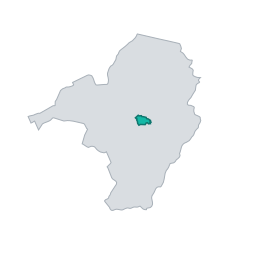 location of Rumbek Centre, Lakes, South Sudan, rotated 246°
{"feature_id": "79223893B15705410595049", "entity_name": "Rumbek Centre", "entity_type": "district", "adm_level": 2, "iso_a3": "SSD", "parent_name": "South Sudan", "parent_adm1": "Lakes", "projection": "equal_earth", "projection_center": [29.744, 6.986], "detail": "fine", "context": "in_parent", "style": "filled", "palette": "teal", "viewbox_px": 256, "rotation_deg": 246, "n_neighbors": 0, "source": "geoboundaries", "source_scale": "gbopen_adm2", "svg_char_len": 3927}
<svg xmlns="http://www.w3.org/2000/svg" viewBox="0 0 256 256"><g transform="rotate(246 128 128)"><path d="M191.1,200.2L185.0,208.3L184.6,208.8L183.9,209.5L181.4,209.5L178.9,209.1L176.6,207.0L174.2,208.6L172.7,209.1L171.8,209.3L169.7,209.6L166.8,210.4L165.5,211.5L164.7,212.4L164.1,214.0L163.8,214.2L163.3,214.0L162.5,213.3L161.0,212.4L160.2,210.4L159.4,209.2L158.8,208.5L156.3,210.5L155.1,211.0L154.1,211.0L152.3,209.8L150.3,208.8L149.3,208.9L147.7,210.1L146.0,211.9L145.1,213.7L144.6,214.7L144.0,213.1L143.4,212.1L142.6,211.7L140.9,212.1L140.5,211.5L140.4,210.1L140.1,208.8L139.7,207.9L138.4,206.9L135.1,204.9L132.5,201.0L131.2,199.2L130.3,198.0L128.9,195.0L127.4,192.9L125.6,191.9L124.3,192.4L123.1,194.6L120.7,196.8L119.6,196.8L118.2,195.7L116.5,194.9L113.3,194.5L112.0,195.5L110.3,197.1L108.9,198.1L108.0,198.2L107.2,197.8L106.2,197.6L105.4,197.6L103.7,196.1L102.9,195.0L102.3,194.0L101.3,193.2L100.2,192.7L99.4,191.7L99.1,190.6L98.4,189.1L97.6,187.7L95.1,185.3L94.3,183.9L93.8,182.5L92.7,180.9L91.6,178.9L91.2,175.8L91.2,173.4L91.0,172.3L90.5,171.2L89.9,170.2L89.0,169.2L87.0,167.6L84.8,165.8L83.8,164.7L81.8,164.4L80.6,163.3L79.7,161.1L79.3,159.2L78.3,157.8L77.9,156.8L77.6,155.6L78.4,152.1L77.3,150.8L75.6,149.1L74.4,147.3L73.6,145.7L71.5,143.5L66.7,140.3L64.0,138.2L62.5,136.3L61.2,134.5L61.0,133.7L61.9,131.9L62.0,130.4L61.3,128.7L58.5,125.6L56.2,122.2L54.5,121.1L50.4,120.2L49.2,119.8L48.0,119.1L46.7,117.6L46.3,115.8L47.0,112.8L46.6,111.9L45.9,111.7L46.1,111.1L46.9,109.7L48.1,108.7L51.6,107.3L51.8,106.7L51.8,104.9L52.1,104.0L53.3,101.5L53.5,100.5L53.5,98.3L53.7,97.3L54.1,96.6L55.0,95.4L55.3,94.6L55.5,93.0L55.4,89.7L55.9,88.4L58.0,85.4L58.6,84.1L58.8,82.9L58.8,81.7L58.9,80.6L59.6,79.4L60.1,79.1L61.7,78.7L62.8,78.9L70.4,76.9L71.2,77.2L71.6,78.4L71.6,80.3L71.7,81.2L72.1,81.9L73.3,82.8L74.1,84.3L74.6,84.9L75.8,85.9L81.4,94.6L83.0,95.5L84.5,95.2L87.6,93.3L89.1,92.9L99.8,93.4L101.0,93.1L102.7,97.5L103.4,98.5L115.1,98.6L114.9,97.3L115.1,96.0L117.1,93.3L117.4,93.0L119.2,91.7L121.0,90.8L124.4,89.8L125.7,88.2L126.3,86.8L126.4,83.9L126.8,83.5L127.6,82.8L131.5,80.3L132.2,79.7L139.2,85.6L143.1,90.3L143.3,90.6L143.5,90.6L143.9,90.3L144.3,90.1L146.0,90.0L149.2,89.8L150.2,89.2L156.5,80.8L158.1,78.2L158.5,77.6L159.4,75.7L160.4,72.5L160.6,72.1L167.5,64.3L167.7,63.7L167.8,63.2L166.7,60.5L166.5,59.2L166.5,57.2L166.7,54.0L166.6,51.9L166.5,51.4L166.4,51.3L162.6,45.5L172.3,45.5L172.3,44.8L172.3,44.5L172.1,43.8L172.0,42.9L172.0,42.4L172.0,41.9L172.1,41.7L172.0,41.4L179.1,41.4L179.0,43.0L178.2,46.8L178.2,49.1L178.0,51.7L177.8,52.5L177.4,53.1L177.3,53.4L177.3,53.7L178.8,68.4L178.7,69.0L178.3,69.9L178.2,70.2L178.2,70.5L178.3,70.6L181.6,72.2L181.7,72.3L181.9,72.4L183.0,74.3L189.4,81.3L189.7,81.6L190.3,83.8L190.4,84.2L190.4,84.7L190.4,85.1L190.3,86.4L190.3,87.0L190.4,87.4L190.5,87.8L190.5,88.0L190.5,88.3L189.5,90.8L189.2,92.6L189.1,94.1L189.2,95.0L189.3,95.6L189.4,95.8L189.5,95.9L192.2,95.9L192.2,96.7L192.6,110.0L192.7,111.5L192.6,113.4L192.2,114.1L191.5,115.1L190.5,116.1L188.0,116.4L185.9,116.3L184.5,116.1L182.5,116.0L180.6,116.2L179.9,117.0L177.4,124.1L176.6,125.9L176.4,126.9L176.7,127.5L177.6,128.4L179.8,129.7L182.3,130.4L184.1,130.7L185.3,131.1L186.3,131.5L189.8,134.7L190.9,136.2L191.6,137.5L191.7,138.9L192.2,140.3L195.4,144.7L198.4,146.8L199.6,149.2L200.7,150.3L201.8,151.6L202.4,153.4L203.7,158.7L204.6,161.5L205.5,163.8L205.9,167.5L206.6,169.2L207.4,171.2L208.6,173.1L209.9,174.4L210.1,174.8L197.0,192.2L191.1,200.2Z" fill="#d9dde1" stroke="#a8b0b8" stroke-width="1"/><path d="M126.1,151.4L128.1,150.1L129.0,148.8L130.3,148.9L131.9,146.9L132.9,145.2L133.8,145.2L134.6,143.0L135.5,142.5L134.3,138.9L133.0,139.4L133.0,139.8L132.4,139.8L131.7,139.2L130.4,139.3L128.2,138.7L126.1,139.1L126.2,140.8L124.1,145.1L125.2,146.7L124.9,147.9L123.5,148.4L122.9,150.2L123.9,150.4L123.8,151.3L124.1,151.4L124.6,150.6L125.3,151.4L125.9,151.0L126.1,151.4Z" fill="#14b8a6" stroke="#0f766e" stroke-width="1.5"/></g></svg>